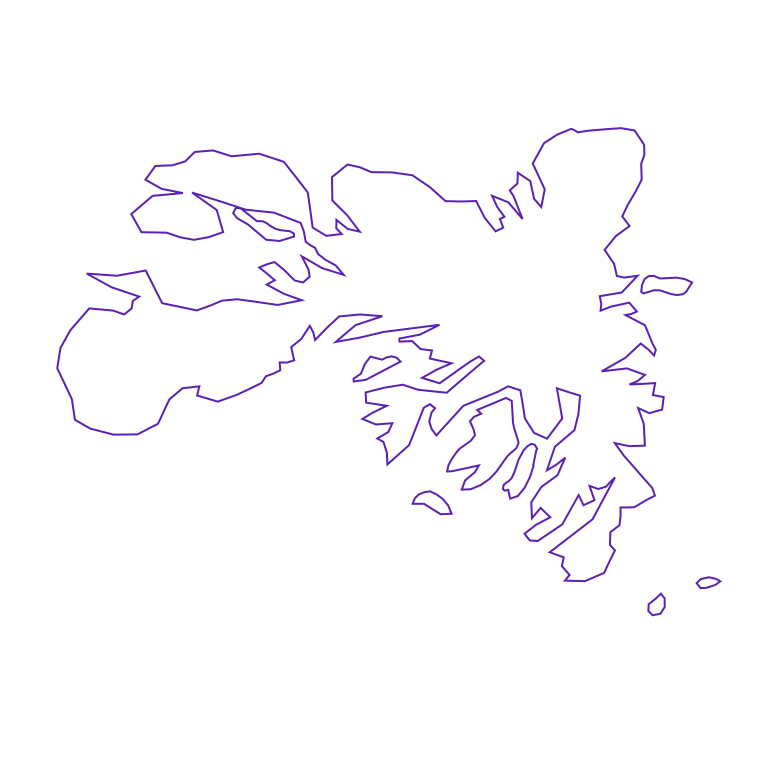 an SVG outline of Archipel des Kerguelen, rotated 177°
{"feature_id": "ATF-5916", "entity_name": "Archipel des Kerguelen", "entity_type": "state/province", "adm_level": 1, "iso_a3": "ATF", "parent_name": "French Southern and Antarctic Lands", "parent_adm1": "", "projection": "equal_earth", "projection_center": [69.4, -49.144], "detail": "fine", "context": "isolated", "style": "outline", "palette": "violet", "viewbox_px": 768, "rotation_deg": 177, "n_neighbors": 0, "source": "natural_earth", "source_scale": "10m", "svg_char_len": 5426}
<svg xmlns="http://www.w3.org/2000/svg" viewBox="0 0 768 768"><g transform="rotate(177 384 384)"><path d="M703.1,401.4L709.5,416.8L705.2,436.9L694.4,454.1L674.4,474.9L650.6,471.5L639.8,467.0L632.0,472.8L630.5,480.1L623.9,484.1L651.1,494.9L675.1,509.8L645.0,506.1L616.0,509.8L601.3,476.3L567.1,467.3L554.3,471.1L541.5,475.7L526.1,476.3L510.7,473.4L486.0,468.5L461.8,472.0L479.2,479.3L495.9,489.5L491.7,491.4L487.6,493.3L494.9,500.2L502.5,506.9L494.5,509.7L486.9,511.5L477.1,502.4L467.8,492.1L459.5,489.6L452.6,495.1L453.4,502.2L459.4,515.8L439.8,503.0L418.5,495.1L426.0,504.9L435.8,511.0L443.0,517.2L445.7,523.5L450.5,526.6L454.8,530.2L456.0,540.3L458.8,549.2L484.9,560.9L512.9,565.3L539.1,575.4L565.6,585.2L541.9,566.5L536.7,544.1L551.1,539.9L566.2,537.9L580.0,541.2L593.2,546.5L618.3,548.3L627.5,566.9L605.2,584.0L574.8,585.2L595.8,590.5L611.5,600.5L600.9,613.7L583.7,613.5L570.9,616.7L560.8,625.6L542.6,626.2L524.3,619.4L496.6,620.5L472.4,611.1L460.9,594.9L450.1,579.3L448.5,561.5L447.1,544.0L433.9,535.0L418.4,536.0L423.5,542.0L422.9,550.4L412.2,540.8L400.3,537.4L411.8,554.3L426.0,570.0L425.1,593.3L409.0,605.1L396.8,601.7L385.4,596.2L365.1,594.9L344.8,591.0L328.1,578.4L313.0,563.4L297.2,562.2L282.4,561.9L274.8,544.8L264.6,530.6L256.8,533.9L259.6,542.8L257.3,543.7L255.0,544.7L261.6,554.8L266.2,566.3L250.3,558.9L237.0,541.5L240.9,553.1L244.8,564.9L248.3,570.8L240.3,577.2L239.3,587.9L227.3,579.0L224.4,561.0L217.7,552.5L213.3,570.0L223.9,596.4L211.6,616.1L198.0,624.0L183.6,629.0L180.0,627.2L177.3,625.2L172.1,625.7L165.9,626.3L149.8,626.8L134.0,627.1L120.5,624.1L111.7,609.3L112.0,599.3L115.6,590.6L116.0,574.5L122.8,562.8L131.1,550.3L137.3,538.9L130.5,528.9L144.7,519.6L156.7,506.4L147.9,491.9L145.8,479.7L138.5,477.7L125.1,478.8L141.8,462.9L164.0,460.4L162.8,453.1L163.9,445.9L153.3,449.4L134.8,452.4L127.7,443.1L133.4,441.0L139.2,440.2L120.3,429.0L114.0,411.0L110.8,403.8L112.8,398.3L118.0,404.4L125.5,411.0L141.8,397.4L166.0,385.2L140.6,386.9L122.9,379.4L130.5,373.7L139.0,370.7L126.0,370.6L113.2,370.7L114.6,364.8L116.0,358.9L105.4,356.3L107.6,343.9L120.6,341.0L131.5,346.7L126.7,330.8L126.7,308.8L142.4,309.1L156.6,312.9L148.4,300.1L138.9,288.1L129.8,276.5L121.5,266.1L119.3,258.3L127.2,254.8L140.6,247.8L154.3,248.3L154.7,239.2L156.3,230.6L165.7,224.2L166.8,211.5L162.1,205.7L167.9,195.4L174.1,183.8L193.7,176.6L213.6,178.2L208.7,183.6L215.9,192.8L213.6,201.5L227.3,207.3L182.9,237.9L158.2,278.6L163.1,274.3L167.8,269.8L175.5,267.9L184.1,271.5L179.9,257.0L191.1,252.5L195.4,262.9L213.3,234.5L238.7,219.2L246.6,220.1L251.5,227.1L239.7,235.4L224.9,242.2L234.1,252.0L243.3,242.2L243.1,258.2L232.2,273.0L215.5,283.9L206.9,300.9L216.1,294.4L225.8,289.3L216.6,312.4L196.2,328.0L191.4,343.9L188.8,362.1L200.3,366.3L211.6,370.7L207.8,340.3L224.0,320.9L236.6,327.2L245.1,342.2L246.6,357.4L248.2,370.6L260.2,375.2L270.8,370.2L305.9,358.1L334.4,329.9L338.7,336.4L340.8,344.3L338.0,353.0L334.3,357.2L339.2,361.5L345.5,358.2L362.1,321.7L384.8,303.5L384.7,315.1L387.6,326.2L393.6,329.9L382.3,335.7L377.7,344.4L394.2,344.0L407.4,350.2L396.9,355.9L382.3,362.1L402.8,366.3L402.8,376.5L383.9,380.3L365.2,382.3L357.6,379.3L350.0,376.4L321.8,372.0L301.8,387.5L292.7,394.5L282.8,401.9L287.6,406.5L296.6,401.9L305.8,396.2L328.4,381.8L345.7,388.1L330.8,395.5L315.5,401.2L336.9,407.0L334.3,415.0L345.7,417.0L353.6,425.4L366.3,425.5L366.3,427.1L366.3,428.6L345.6,431.4L325.5,440.2L353.7,438.1L381.8,436.0L406.9,431.4L429.9,428.6L409.3,444.3L382.1,451.8L404.3,454.7L425.3,453.8L438.2,443.0L450.5,431.5L451.9,439.2L455.0,445.9L464.2,433.4L474.7,425.7L473.6,418.4L472.4,412.4L479.5,410.5L487.0,411.0L486.9,403.2L493.8,400.2L501.5,397.9L506.3,391.4L518.7,386.1L531.6,380.9L550.9,375.1L571.2,382.3L569.9,386.9L568.5,391.3L585.4,390.3L599.1,379.9L611.8,356.1L632.8,346.6L656.8,347.6L679.6,354.8L694.5,364.4L696.5,385.2L703.1,401.4ZM252.7,318.0L254.9,313.4L258.3,310.4L261.9,307.9L265.0,305.0L276.5,290.4L283.5,283.7L292.8,278.0L302.8,274.4L311.9,274.4L308.1,283.4L297.7,291.3L293.5,297.7L321.0,293.3L325.5,293.3L323.9,299.5L319.9,306.1L315.3,311.9L311.9,315.4L300.2,322.8L295.8,328.1L297.0,334.2L300.1,342.2L295.9,346.5L288.5,349.3L292.3,353.2L262.8,363.7L257.3,360.4L257.2,338.6L256.3,333.0L253.2,321.0L252.7,318.0ZM264.0,262.9L265.5,271.7L269.2,271.2L270.8,273.0L269.8,276.9L267.4,278.9L264.5,280.5L261.5,283.2L258.4,289.2L253.5,301.6L247.9,310.6L244.0,314.4L239.9,316.5L236.6,315.4L234.4,311.4L235.3,310.2L239.2,295.3L238.8,294.8L242.9,283.9L248.9,273.1L256.2,265.1L264.0,262.9ZM121.2,469.3L118.3,475.1L114.0,477.9L108.8,477.8L102.9,474.9L86.2,474.9L78.3,473.1L71.0,469.3L77.3,460.4L80.9,458.0L86.8,457.5L92.6,458.8L103.6,463.1L109.4,463.5L120.0,460.9L122.3,462.5L121.2,469.3ZM502.4,553.3L496.7,552.9L492.8,550.8L489.1,547.7L484.4,544.7L479.1,543.0L470.0,541.5L466.1,538.9L466.1,536.0L480.6,532.3L494.1,534.2L511.4,550.4L521.9,557.2L525.7,562.6L522.7,567.7L518.0,567.0L502.4,553.3ZM384.7,408.4L379.9,410.4L375.0,411.2L370.3,409.8L366.3,405.5L402.0,389.1L414.1,388.1L414.1,391.0L406.6,395.4L402.0,405.0L396.1,412.1L384.7,408.4ZM343.7,274.4L337.3,271.0L331.2,266.0L326.3,259.4L323.3,250.9L334.3,251.0L350.4,262.3L361.7,262.9L359.1,268.4L354.9,271.9L349.6,273.8L343.7,274.4ZM124.6,154.9L118.4,160.1L115.0,155.3L115.3,146.7L120.0,140.1L127.9,139.0L131.9,143.6L131.2,150.2L124.6,154.9ZM78.6,163.6L82.2,168.8L77.8,172.6L69.8,174.0L62.8,172.1L58.5,169.3L63.7,166.0L72.5,163.6L78.6,163.6Z" fill="none" stroke="#5b21b6" stroke-width="2"/></g></svg>